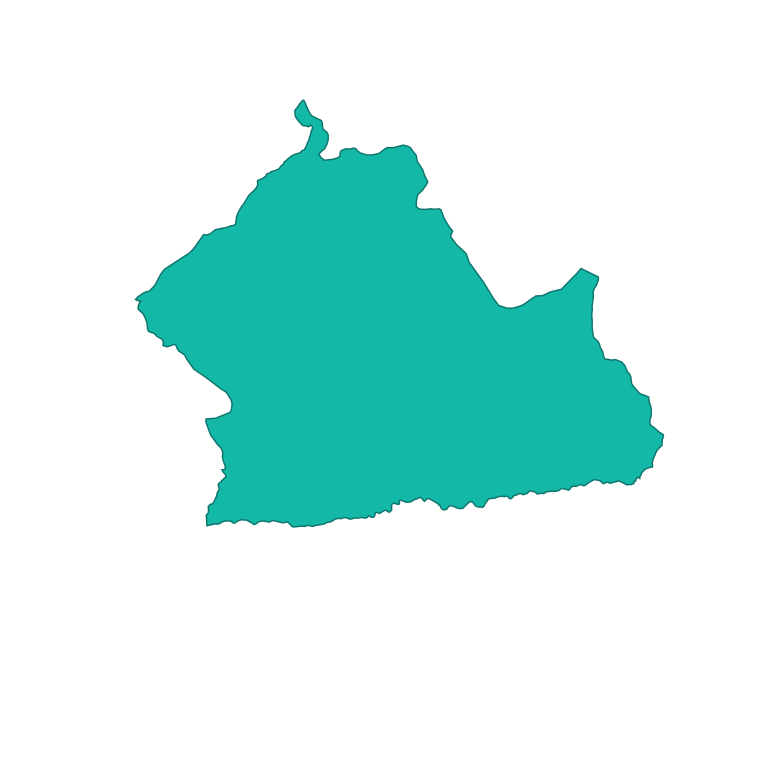 outline of Cornereva, Caras-Severin, Romania, rotated 43°
{"feature_id": "2599482B63249378795855", "entity_name": "Cornereva", "entity_type": "district", "adm_level": 2, "iso_a3": "ROU", "parent_name": "Romania", "parent_adm1": "Caras-Severin", "projection": "mercator", "projection_center": [22.558, 45.065], "detail": "fine", "context": "isolated", "style": "filled", "palette": "teal", "viewbox_px": 768, "rotation_deg": 43, "n_neighbors": 0, "source": "geoboundaries", "source_scale": "gbopen_adm2", "svg_char_len": 6170}
<svg xmlns="http://www.w3.org/2000/svg" viewBox="0 0 768 768"><g transform="rotate(43 384 384)"><path d="M351.2,608.4L355.6,601.8L357.7,600.2L359.2,597.6L359.7,595.3L361.2,592.6L364.2,589.7L366.3,588.6L368.3,588.6L369.3,587.9L370.1,586.4L370.0,585.7L370.3,584.3L372.1,580.7L376.5,577.2L381.9,575.8L384.9,575.4L385.7,573.9L386.4,569.9L388.4,567.3L389.7,566.1L394.4,563.1L395.2,560.5L396.4,559.2L403.3,555.4L405.3,553.8L407.3,550.9L409.0,550.5L413.1,550.9L415.0,550.6L420.8,544.0L423.2,542.2L424.8,539.2L428.9,536.8L431.2,532.9L432.0,532.2L435.8,527.0L437.2,522.9L438.5,522.2L439.7,519.2L440.4,515.9L442.5,513.2L444.7,511.6L445.5,509.3L447.8,507.4L450.6,506.4L451.8,505.5L454.3,501.5L455.7,500.6L459.0,496.5L461.4,495.2L462.8,493.1L462.5,490.9L465.7,490.0L467.3,488.4L467.4,487.7L465.8,484.4L465.8,483.7L466.5,482.7L468.8,481.8L469.1,481.4L470.9,475.2L475.3,474.3L475.6,472.0L475.5,470.9L472.3,467.6L471.8,466.3L472.3,465.1L473.1,464.0L476.2,462.7L476.8,462.0L476.9,461.1L476.5,460.4L475.4,460.0L475.1,459.6L474.9,458.6L475.1,458.2L476.5,457.1L480.8,455.4L483.3,452.9L484.2,451.1L485.3,447.2L486.6,445.2L487.1,443.3L487.7,442.3L489.6,441.8L492.0,442.3L493.6,442.1L493.9,441.0L493.4,438.7L493.6,438.3L496.4,436.7L504.8,434.7L506.5,435.2L507.9,434.6L510.4,435.8L512.1,435.8L513.4,435.4L514.4,434.5L515.3,432.7L514.8,430.6L515.0,428.9L515.4,428.0L517.4,426.4L522.6,424.6L524.8,423.1L526.2,421.6L526.6,420.2L526.3,418.2L526.7,416.6L526.7,413.3L527.2,411.5L528.1,410.4L529.8,410.1L534.0,410.7L535.1,410.5L538.0,408.9L538.6,408.0L540.1,407.1L540.5,405.4L539.5,402.1L539.0,397.4L539.1,396.1L542.9,392.0L544.4,388.5L547.1,385.3L548.7,384.6L550.0,382.4L551.8,381.8L554.0,382.2L555.1,381.3L555.3,380.5L555.2,377.0L556.6,374.8L557.1,373.3L558.4,371.0L561.0,370.2L561.6,369.5L563.3,366.6L563.5,363.2L564.2,362.2L568.4,359.8L570.8,360.1L572.2,358.7L572.8,357.2L575.2,355.5L575.6,354.7L576.5,351.8L580.4,347.4L582.7,345.5L583.6,343.9L584.2,343.4L584.7,341.8L584.7,340.4L585.7,338.8L589.4,336.6L591.2,335.9L591.7,335.0L591.3,331.7L592.0,329.6L594.2,328.0L596.4,323.3L598.9,322.6L600.1,321.5L601.1,316.1L602.8,310.8L605.1,309.0L608.2,307.3L611.7,307.5L612.3,307.3L612.9,306.5L613.8,303.9L615.1,302.8L616.3,302.8L617.0,302.4L619.3,298.6L620.3,297.6L621.4,295.0L624.9,293.6L630.0,292.3L633.5,288.8L634.6,286.1L633.1,284.7L634.2,283.4L632.9,280.8L633.8,278.6L635.4,278.6L634.2,276.8L633.7,274.5L633.0,273.4L633.1,268.7L633.9,266.0L636.8,261.7L636.5,261.0L633.8,258.6L632.1,255.5L629.0,246.9L628.9,242.3L629.2,239.7L628.8,238.8L626.5,236.3L625.4,234.6L624.0,231.7L622.9,230.6L617.9,231.5L610.6,231.7L608.3,232.3L606.1,231.9L604.5,230.7L602.8,228.7L601.9,226.4L600.9,224.9L596.9,220.3L593.6,218.0L591.2,217.0L588.9,215.0L587.6,214.3L586.7,213.1L583.5,214.0L579.2,216.0L576.9,216.5L569.0,215.8L564.6,214.8L563.5,213.6L561.7,212.4L560.2,210.8L556.5,209.1L553.8,209.2L547.7,206.3L542.9,205.8L536.8,208.2L533.7,211.7L530.9,213.2L529.1,214.8L528.1,215.0L526.6,214.5L521.9,211.3L519.2,210.3L517.8,210.1L515.4,208.5L513.0,207.4L511.4,206.9L505.2,206.9L497.4,200.5L493.8,196.4L488.5,191.5L485.7,187.7L483.3,185.4L477.5,177.3L474.2,174.0L472.6,171.0L471.8,166.1L470.6,164.1L470.3,162.5L468.8,160.5L467.6,159.6L449.3,165.2L449.6,170.9L449.2,193.6L442.8,203.4L439.8,211.1L435.0,216.1L431.7,231.3L429.8,235.3L427.5,239.2L426.2,241.1L422.2,244.7L414.5,248.3L406.4,247.0L387.9,241.8L363.0,236.9L359.3,234.7L355.4,232.8L352.3,232.5L342.5,232.7L333.0,231.0L331.9,230.4L329.7,225.2L326.7,225.0L321.0,223.7L313.8,221.3L306.7,217.7L304.7,218.4L301.7,221.9L298.4,224.3L295.6,227.7L292.3,230.7L289.9,232.1L287.4,232.3L285.8,231.5L282.4,227.4L279.6,222.8L279.9,215.7L279.1,209.4L278.1,206.4L270.6,203.4L266.1,200.9L256.7,198.6L251.6,194.8L245.6,194.0L242.6,193.2L240.2,193.5L235.2,196.1L229.9,204.5L227.7,206.8L225.3,208.7L224.3,211.8L223.1,218.9L218.6,225.2L214.7,228.5L209.0,231.3L204.9,231.5L203.1,231.1L200.9,232.1L199.0,235.2L195.8,238.0L194.5,240.2L193.6,242.6L194.0,244.3L196.5,247.8L195.9,250.2L193.4,254.5L187.8,261.0L183.6,261.4L179.6,260.3L179.6,256.5L180.1,252.7L178.8,247.7L176.8,243.7L173.5,240.0L170.5,238.8L165.3,239.1L161.1,235.5L158.5,234.1L148.8,237.1L145.7,236.8L140.8,235.0L132.6,231.3L131.2,231.6L131.3,237.0L132.1,241.3L132.1,244.0L132.7,245.3L136.2,248.4L138.6,249.3L142.7,250.1L148.2,250.4L151.6,248.1L153.4,247.3L153.7,246.2L153.7,244.7L155.5,244.5L157.1,245.3L158.5,249.0L160.7,252.8L161.3,254.6L162.7,256.6L163.4,259.4L165.1,263.6L166.0,267.0L164.9,269.3L164.9,272.3L163.2,275.0L161.6,278.2L160.7,281.1L160.1,285.9L160.2,287.5L159.7,288.7L159.7,290.0L160.6,292.2L160.0,294.3L160.4,297.5L160.3,298.7L159.3,301.3L156.5,306.0L156.6,307.3L156.1,308.5L155.0,310.0L155.6,312.0L155.6,313.6L155.1,316.4L152.8,321.3L153.1,322.0L155.3,323.9L156.3,325.3L156.5,327.0L156.8,327.3L157.0,331.8L156.7,333.6L156.5,338.5L158.4,347.1L158.7,348.8L158.6,350.1L159.5,354.7L160.2,356.5L160.7,359.1L162.5,362.9L164.3,365.0L165.1,366.5L166.5,368.3L165.8,370.8L163.5,373.8L162.7,376.1L155.5,386.0L155.0,388.9L154.8,391.6L153.5,394.7L153.5,395.3L150.2,397.8L152.3,412.8L152.5,417.0L152.3,421.1L145.2,449.9L145.8,455.7L149.1,467.7L149.1,476.5L147.6,477.9L146.1,481.4L144.6,487.9L144.6,491.6L146.5,491.2L149.7,489.3L149.9,491.2L150.4,493.1L152.4,496.3L154.0,497.0L159.8,496.9L164.4,498.5L168.9,500.9L173.8,505.2L175.5,505.9L176.8,505.8L180.7,504.0L182.7,503.7L185.2,504.0L190.8,502.7L192.3,502.8L194.8,504.6L196.0,506.5L196.7,506.4L200.1,504.6L203.4,498.4L204.2,497.5L206.2,497.9L208.4,499.0L210.8,499.8L218.6,498.8L222.4,500.3L234.8,502.8L250.9,500.4L267.5,498.9L274.3,497.6L282.7,499.8L286.2,501.9L289.3,505.9L290.7,508.8L290.5,510.5L284.1,524.0L277.8,530.8L279.0,532.6L280.9,533.9L291.9,539.5L303.0,541.7L308.6,542.0L311.7,543.3L313.9,545.1L314.8,546.7L316.1,548.0L319.8,550.3L323.8,552.2L325.4,554.0L325.8,555.3L324.0,557.2L326.5,558.1L330.0,558.5L331.4,559.1L331.7,559.5L331.4,561.5L331.5,564.8L331.0,565.4L331.5,566.4L331.0,569.6L331.3,570.7L335.3,573.3L335.9,575.3L335.8,576.2L338.3,580.9L339.8,585.4L340.2,587.9L340.0,589.3L339.0,590.3L339.0,593.0L339.3,593.8L341.4,595.6L343.4,598.0L343.3,600.5L344.1,602.1L345.2,602.2L346.3,603.8L351.2,608.4Z" fill="#14b8a6" stroke="#0f766e" stroke-width="1.5"/></g></svg>